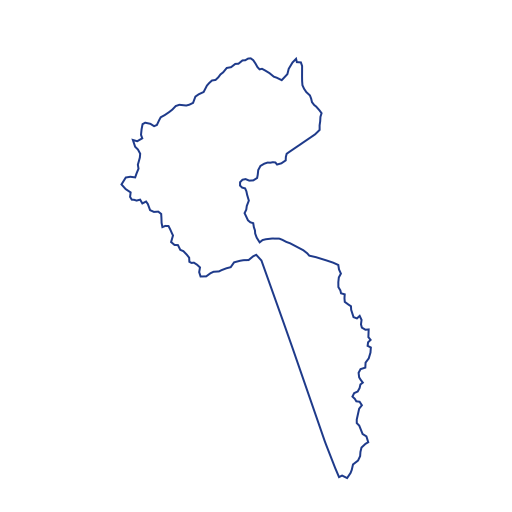 Mairipotaba, Goiás, Brazil (Equal Earth projection), rotated 11°
{"feature_id": "56859067B33960299529062", "entity_name": "Mairipotaba", "entity_type": "district", "adm_level": 2, "iso_a3": "BRA", "parent_name": "Brazil", "parent_adm1": "Goiás", "projection": "equal_earth", "projection_center": [-49.457, -17.326], "detail": "fine", "context": "isolated", "style": "outline", "palette": "blue", "viewbox_px": 512, "rotation_deg": 11, "n_neighbors": 0, "source": "geoboundaries", "source_scale": "gbopen_adm2", "svg_char_len": 3242}
<svg xmlns="http://www.w3.org/2000/svg" viewBox="0 0 512 512"><g transform="rotate(11 256 256)"><path d="M121.1,222.0L123.3,224.4L125.7,224.1L128.2,224.4L131.5,222.8L134.4,226.1L137.7,223.5L139.9,225.6L143.3,231.2L147.4,232.2L151.6,231.1L154.9,232.8L155.9,236.7L157.0,241.5L158.6,245.5L161.2,243.8L164.4,243.3L166.6,246.1L168.9,249.4L170.6,251.7L170.0,258.5L173.9,260.7L177.3,260.2L180.5,264.4L183.8,265.1L187.8,267.9L190.7,270.4L191.7,274.4L194.0,275.1L196.3,274.4L199.8,275.8L203.2,277.9L203.3,282.7L205.5,286.7L211.0,285.5L214.6,281.6L217.3,279.6L222.6,278.2L224.8,276.5L229.3,273.7L233.3,271.8L235.7,266.4L241.3,263.7L244.5,262.5L249.5,261.4L253.3,256.8L256.0,254.8L262.2,259.4L295.7,316.0L309.5,339.5L358.5,424.1L360.2,426.9L361.7,429.3L374.1,448.9L379.7,457.2L382.4,455.1L387.8,456.6L390.2,451.0L390.8,447.7L391.0,442.1L395.2,437.3L396.4,432.6L395.9,428.4L396.1,423.9L399.3,419.5L401.7,417.4L398.8,412.0L394.6,410.4L391.9,406.2L389.7,402.8L386.8,400.8L386.1,397.4L386.4,386.2L388.4,382.3L385.5,379.3L382.2,379.5L380.3,377.4L377.5,375.6L378.5,371.9L381.7,369.6L382.9,365.8L383.0,362.2L385.0,359.9L382.2,357.4L380.4,355.4L379.0,351.1L380.2,347.1L384.6,344.7L383.9,339.7L386.2,335.0L386.8,329.0L386.2,323.9L382.7,322.9L382.5,319.3L384.5,316.5L381.8,314.2L380.6,306.6L377.5,307.5L373.6,306.1L372.1,303.1L371.8,298.6L369.2,295.0L367.0,298.0L363.4,297.4L359.7,290.7L358.8,287.2L355.9,286.0L351.9,284.1L350.9,280.6L350.4,276.7L346.6,276.4L345.4,273.7L342.8,270.8L341.8,266.0L341.4,261.2L342.7,257.1L340.0,253.3L338.5,249.1L332.9,247.8L326.0,246.9L315.0,245.7L308.2,245.5L305.8,243.6L301.3,241.3L294.0,239.1L287.0,237.0L283.1,236.4L278.8,235.1L275.6,234.5L268.4,235.8L262.4,237.7L259.4,239.1L257.0,241.9L253.2,237.9L250.9,234.1L250.1,231.1L248.4,228.1L247.0,224.3L244.0,224.0L241.3,222.5L238.6,218.8L236.6,216.1L237.6,212.4L237.4,208.6L238.4,203.0L235.6,197.6L234.2,194.3L232.4,191.7L229.3,191.5L226.9,189.9L226.3,186.6L228.2,183.7L231.1,182.5L235.0,183.3L238.9,182.3L242.2,179.2L242.2,176.0L241.8,171.2L243.2,166.7L246.5,163.8L249.5,162.1L252.2,161.7L254.7,160.7L257.2,160.5L259.2,162.2L263.2,160.2L266.9,156.5L266.4,153.0L266.6,149.8L268.8,147.5L290.8,125.3L294.4,120.1L293.5,115.6L293.3,111.5L292.7,107.1L293.1,103.3L290.5,100.9L286.5,97.8L284.3,96.7L281.6,94.3L280.1,91.0L278.3,88.1L274.1,85.5L271.3,82.7L269.0,79.5L267.9,75.5L267.0,71.2L265.0,60.7L263.1,57.4L259.1,57.9L257.7,54.8L254.9,59.1L253.6,62.7L252.4,66.0L252.1,71.5L247.7,78.5L242.2,77.0L239.3,76.6L234.3,73.9L229.4,72.1L226.2,71.1L223.9,72.1L221.4,70.3L218.7,67.1L215.9,64.3L213.1,63.0L210.6,63.7L208.1,65.9L205.4,66.6L202.1,70.6L199.0,71.4L195.5,75.4L191.4,77.0L188.7,82.0L186.5,84.5L184.9,87.8L182.7,90.9L179.3,92.1L177.0,95.2L175.3,98.1L173.3,105.0L168.9,108.2L166.1,111.1L165.0,117.7L161.7,120.2L158.8,121.6L151.9,122.2L148.6,124.1L145.9,128.3L143.2,131.4L139.5,135.1L136.0,138.0L135.0,141.2L133.7,146.3L131.2,148.0L127.1,146.4L121.8,146.3L119.5,148.2L119.5,153.4L120.0,159.0L121.9,162.2L119.8,164.0L117.5,166.0L113.0,165.6L114.7,168.6L116.5,171.8L119.8,174.0L122.8,177.7L123.2,181.6L122.9,185.4L122.6,188.9L124.0,192.7L123.0,197.7L122.4,201.9L117.5,202.2L113.2,203.8L110.3,211.4L115.3,215.2L120.8,217.5L121.1,222.0Z" fill="none" stroke="#1e3a8a" stroke-width="2"/></g></svg>